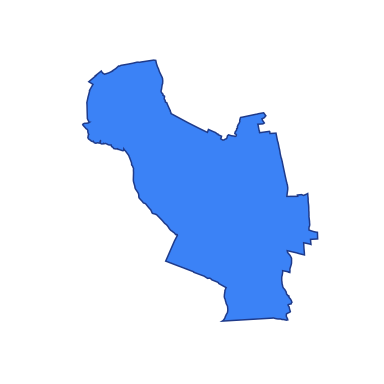 Tatarusi, Suceava, Romania (Robinson projection), rotated 203°
{"feature_id": "2599482B10638600477731", "entity_name": "Tatarusi", "entity_type": "district", "adm_level": 2, "iso_a3": "ROU", "parent_name": "Romania", "parent_adm1": "Suceava", "projection": "robinson", "projection_center": [26.571, 47.355], "detail": "fine", "context": "isolated", "style": "filled", "palette": "blue", "viewbox_px": 384, "rotation_deg": 203, "n_neighbors": 0, "source": "geoboundaries", "source_scale": "gbopen_adm2", "svg_char_len": 5979}
<svg xmlns="http://www.w3.org/2000/svg" viewBox="0 0 384 384"><g transform="rotate(203 192 192)"><path d="M113.7,85.0L68.6,107.4L68.2,107.8L65.9,108.1L63.6,108.6L60.9,109.7L59.3,109.8L58.2,110.3L57.3,110.5L55.0,110.9L53.9,111.7L54.1,111.9L54.4,112.5L54.9,112.7L55.6,113.6L56.3,114.0L56.8,114.8L57.4,116.5L57.4,116.8L57.0,117.3L56.1,118.4L55.7,118.8L55.1,119.5L54.7,120.2L54.7,120.3L56.4,122.3L57.8,124.3L58.9,124.9L59.2,125.2L59.5,125.9L59.4,126.0L57.0,127.8L57.2,128.5L56.9,129.5L58.1,130.8L59.1,131.6L59.5,131.9L61.0,132.6L61.5,133.1L61.9,133.3L62.0,133.9L62.1,134.1L62.5,134.3L63.1,134.0L63.5,134.3L63.9,134.4L64.2,134.7L64.6,134.7L65.0,135.0L66.4,136.9L68.4,138.4L70.3,139.3L71.3,140.1L72.4,141.7L73.4,143.0L73.9,144.1L74.9,145.7L76.2,148.9L76.5,150.9L77.0,152.9L77.5,154.4L77.6,154.7L77.8,155.0L72.0,156.2L71.9,155.9L70.5,156.1L70.9,157.4L71.8,159.3L72.1,162.0L72.2,163.1L72.4,164.5L72.6,165.4L73.7,168.1L74.4,169.7L74.8,170.2L76.9,171.9L80.4,173.7L81.4,175.2L71.7,176.9L69.5,177.1L63.9,178.0L64.9,180.1L67.0,184.0L69.4,188.9L63.4,190.1L62.0,190.2L63.0,192.0L64.4,194.7L58.0,197.9L60.8,203.9L62.2,203.5L64.4,203.1L67.3,202.8L69.4,202.7L70.2,204.3L70.6,205.8L70.5,206.5L70.6,207.0L70.9,208.0L72.0,210.1L72.4,211.0L75.0,215.5L75.0,215.8L75.2,216.2L76.7,219.6L77.0,220.0L78.6,223.6L79.6,225.6L80.9,227.8L81.8,229.5L82.2,230.6L83.1,232.4L84.0,233.9L84.2,234.5L84.9,235.8L85.6,234.9L88.0,232.4L90.2,232.4L93.8,230.4L93.0,229.3L103.0,225.0L103.7,227.4L104.8,231.5L105.5,233.3L107.1,236.0L108.0,236.9L108.5,237.8L109.0,238.3L113.0,243.9L120.1,254.1L120.7,255.1L121.6,256.2L122.9,258.0L123.2,258.1L125.9,261.9L126.6,263.1L128.1,265.4L129.1,266.7L129.7,267.6L131.1,269.7L132.3,271.4L133.1,272.2L137.7,279.0L143.1,276.3L144.0,277.9L144.4,278.1L152.9,273.0L153.3,273.4L153.5,273.9L153.7,274.4L154.4,275.0L157.5,279.7L157.9,280.1L153.4,282.4L152.6,283.4L152.4,283.8L155.0,285.4L156.2,286.8L155.2,287.8L154.6,288.5L154.3,289.1L154.1,290.5L153.8,291.0L157.0,292.9L161.8,289.8L162.2,289.3L163.7,288.4L172.0,282.6L174.4,280.9L176.4,279.6L176.4,278.6L176.1,277.6L176.2,277.0L176.0,276.5L175.5,275.6L175.5,274.8L175.5,273.3L175.8,272.4L175.8,269.9L175.6,269.5L175.2,268.9L175.1,268.5L175.1,268.3L175.6,267.9L175.6,267.6L175.5,267.2L175.2,266.5L175.2,266.0L175.5,265.1L175.7,264.7L175.5,262.6L175.3,262.4L174.0,262.3L173.5,262.0L173.3,260.9L173.6,260.3L174.2,259.9L174.8,260.0L177.7,259.2L180.7,258.9L180.9,258.3L181.3,257.8L181.0,255.2L181.1,254.6L182.2,253.5L182.6,253.0L182.8,252.5L183.1,252.4L183.5,252.0L183.8,251.8L186.4,252.2L186.4,253.6L186.6,254.9L190.3,255.0L190.5,255.4L192.2,255.4L193.3,255.9L196.2,255.9L201.3,256.0L201.1,252.9L203.4,253.0L210.8,253.4L222.7,254.2L242.0,256.0L242.6,257.1L243.1,257.4L243.4,257.6L243.9,258.6L244.4,258.9L244.7,259.1L249.3,263.4L249.7,264.0L250.3,264.4L251.4,264.3L251.9,264.6L252.2,265.4L252.7,266.0L254.0,266.8L254.1,267.0L254.5,269.0L254.8,269.5L256.4,269.6L256.6,269.7L256.7,269.9L256.7,270.4L257.0,270.7L257.8,271.2L258.5,271.3L259.7,272.3L260.2,273.9L260.2,274.6L261.3,278.7L261.4,279.2L261.4,280.3L262.2,282.5L262.8,283.8L263.2,284.3L263.3,284.7L264.2,285.8L268.9,289.9L271.1,292.4L272.7,293.8L274.9,296.3L276.8,299.0L278.9,298.4L289.8,291.7L290.9,290.9L292.5,290.4L293.5,289.9L296.7,287.5L300.4,285.0L306.9,280.8L308.1,279.4L308.8,279.3L310.4,275.8L312.6,272.5L312.4,272.3L315.1,269.2L318.6,266.2L319.5,266.5L320.3,266.4L320.9,266.8L322.4,267.5L322.8,267.9L326.3,261.4L325.9,261.4L330.1,253.2L325.2,252.4L326.0,245.6L325.8,245.6L325.0,240.4L324.9,239.4L323.7,233.2L322.7,231.2L319.7,224.6L317.0,218.7L316.4,218.1L314.3,216.3L313.9,216.1L313.6,216.2L314.1,215.4L315.0,214.7L315.9,214.1L317.5,213.4L318.0,213.0L318.8,212.1L318.9,211.2L317.0,210.2L315.6,209.6L314.3,208.9L312.9,208.7L311.9,207.9L311.5,206.9L311.0,206.1L310.4,205.4L309.5,204.6L309.5,204.4L309.7,204.1L309.7,203.8L309.2,202.3L309.3,201.8L309.1,201.5L308.5,200.8L307.9,200.4L307.1,200.2L306.4,200.0L305.7,200.0L305.3,199.8L304.7,199.5L303.0,199.6L302.9,199.7L302.7,200.1L302.1,199.7L301.3,199.2L300.1,199.2L299.5,199.4L298.0,200.5L297.7,200.6L296.6,200.7L296.3,200.8L296.1,201.1L296.1,201.4L296.2,202.3L296.4,202.8L296.3,203.4L296.1,203.3L296.1,202.7L295.8,201.7L295.6,201.4L295.4,201.1L294.4,200.9L293.8,201.0L292.5,201.7L292.4,202.1L292.0,201.9L291.2,202.5L290.6,202.9L289.8,202.9L288.7,202.9L288.0,202.8L287.3,202.8L285.8,203.2L284.8,203.7L283.8,202.4L283.0,202.4L282.6,202.3L281.4,201.7L281.0,201.4L279.2,201.8L278.5,202.0L277.9,202.6L277.4,202.8L276.8,202.3L275.9,202.6L273.3,202.8L272.1,202.9L271.7,203.0L271.4,203.2L271.1,203.6L271.2,203.9L271.4,204.4L271.6,205.0L270.2,204.1L269.2,203.7L264.8,201.1L263.9,200.3L263.3,199.6L262.8,199.2L259.4,195.6L259.0,195.1L258.7,194.6L258.3,193.6L257.9,193.2L257.0,192.8L256.5,192.2L255.0,190.8L254.5,189.3L253.4,187.0L250.7,180.1L249.9,178.7L246.7,174.7L246.5,174.2L245.5,172.9L242.1,170.7L240.8,169.7L239.9,168.5L239.2,167.0L238.7,166.3L238.6,166.0L236.6,165.0L234.1,163.9L232.5,163.0L231.7,163.0L231.4,163.1L230.4,163.1L229.8,162.9L226.1,160.9L224.1,159.9L223.3,159.7L221.8,158.4L220.8,157.4L220.1,156.9L218.3,157.1L217.7,157.3L217.5,157.2L217.0,157.3L216.5,157.2L216.0,157.4L208.1,154.1L205.0,152.5L203.0,152.0L202.2,151.7L200.7,150.9L198.6,149.4L196.8,148.5L195.7,148.2L194.6,148.1L193.7,147.7L192.8,147.6L192.0,147.3L190.7,146.6L190.1,146.4L189.7,146.5L189.5,147.0L189.0,147.0L188.6,146.6L188.5,146.4L188.5,146.1L189.0,140.2L189.2,118.1L159.4,119.2L159.0,118.8L148.0,119.3L144.5,118.7L143.8,118.6L142.3,119.5L141.9,119.6L141.4,119.6L140.0,119.2L139.5,118.9L133.2,119.0L132.3,118.9L132.0,118.6L131.8,118.3L131.4,118.2L123.2,117.3L123.3,116.5L123.2,116.0L123.2,114.1L123.1,113.8L122.7,113.0L122.6,112.1L122.3,111.2L122.1,110.3L121.4,108.3L120.7,107.2L119.6,106.2L118.3,104.4L117.6,103.7L117.2,103.0L116.3,102.1L115.5,101.5L114.6,100.6L113.2,98.0L112.8,97.0L112.3,95.1L112.3,94.3L112.6,92.5L112.5,91.3L112.7,90.6L112.6,90.3L112.5,89.1L112.7,87.5L113.1,85.9L113.7,85.0Z" fill="#3b82f6" stroke="#1e3a8a" stroke-width="1.5"/></g></svg>